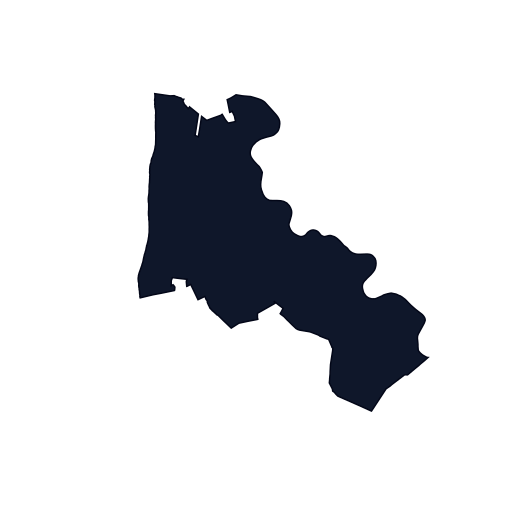 Vārves pag., Ventspils, Latvia (Albers equal-area conic projection), rotated 333°
{"feature_id": "27541924B8081849043776", "entity_name": "Vārves pag.", "entity_type": "district", "adm_level": 2, "iso_a3": "LVA", "parent_name": "Latvia", "parent_adm1": "Ventspils", "projection": "albers", "projection_center": [21.519, 57.283], "detail": "fine", "context": "isolated", "style": "filled", "palette": "ink", "viewbox_px": 512, "rotation_deg": 333, "n_neighbors": 0, "source": "geoboundaries", "source_scale": "gbopen_adm2", "svg_char_len": 6124}
<svg xmlns="http://www.w3.org/2000/svg" viewBox="0 0 512 512"><g transform="rotate(333 256 256)"><path d="M363.2,424.5L362.4,424.0L361.6,423.0L360.2,420.9L359.4,419.6L358.3,416.9L358.0,415.6L357.8,415.0L357.8,414.1L357.9,413.3L359.2,410.2L360.2,408.2L361.4,405.3L362.5,402.5L363.0,401.7L363.4,401.0L363.9,400.4L364.8,399.5L365.6,398.9L372.8,394.0L375.5,392.1L377.0,390.7L377.6,390.0L378.0,389.0L378.2,388.0L378.2,387.0L378.1,385.9L377.9,384.9L377.6,383.8L377.1,382.6L374.1,376.3L373.2,374.1L371.7,370.3L370.7,367.2L369.7,363.8L369.1,362.1L368.2,360.3L367.6,359.0L366.4,357.0L365.5,356.1L363.8,353.9L363.2,353.3L359.7,350.5L358.6,350.1L356.0,349.4L352.4,348.7L351.2,348.7L349.9,348.8L343.9,348.4L342.7,348.2L339.8,346.8L339.0,346.1L337.7,344.9L337.1,344.1L336.6,343.2L336.1,342.3L335.8,341.4L335.6,340.2L335.3,338.0L335.5,336.2L336.0,334.1L336.2,333.2L336.5,332.4L337.2,330.9L338.4,329.4L339.1,328.8L340.7,327.8L341.7,327.4L342.7,327.1L345.0,326.2L350.0,324.7L353.3,323.3L355.3,322.2L356.0,321.6L357.0,320.7L358.5,318.9L359.7,316.9L360.6,314.6L360.8,313.1L360.9,312.4L360.7,311.2L360.3,309.7L360.0,308.7L359.6,307.9L358.8,306.8L357.9,306.0L356.2,304.9L354.8,304.2L350.5,302.2L347.7,300.8L346.3,299.9L345.3,299.1L343.3,297.0L342.7,295.9L342.1,294.8L341.7,293.8L341.4,292.9L341.0,290.6L340.7,289.8L339.9,288.1L339.4,287.3L339.0,286.5L338.1,282.7L337.5,280.6L336.4,277.6L335.7,276.2L334.7,274.5L334.4,274.2L332.0,271.8L331.1,271.3L330.2,270.9L326.3,270.0L325.6,269.7L325.0,269.2L323.6,267.5L323.4,267.0L323.2,266.3L322.7,264.0L322.3,262.6L321.9,261.8L321.4,261.1L321.0,260.6L320.2,259.8L318.7,258.7L317.1,258.2L316.5,258.1L315.0,258.1L313.1,258.4L312.2,258.7L310.0,259.7L309.3,259.8L308.0,259.9L307.1,259.8L305.7,259.5L304.4,258.8L304.0,258.5L303.0,257.5L302.1,256.4L300.2,253.6L299.3,251.6L299.1,251.0L298.8,248.9L298.7,248.0L298.9,245.2L299.4,243.2L300.1,242.1L303.2,238.9L305.7,236.2L306.3,235.4L307.3,233.9L307.8,232.9L308.3,231.5L308.6,229.2L308.6,228.0L308.5,226.3L307.5,222.8L305.5,220.0L303.1,218.0L299.5,215.9L296.1,214.2L293.3,212.6L291.5,210.1L290.6,207.6L290.3,204.4L290.9,199.4L291.6,196.7L292.7,194.3L294.2,191.8L297.9,186.8L299.6,184.3L299.7,181.8L299.6,179.4L299.4,177.6L298.5,175.1L297.6,171.9L297.1,169.8L296.7,167.3L296.6,165.4L296.7,164.4L297.1,162.7L297.8,161.2L298.4,160.3L299.0,159.6L301.0,157.6L302.1,156.8L303.6,155.9L306.5,154.9L307.9,154.4L312.1,153.9L314.1,154.0L319.0,154.8L324.3,156.0L326.7,156.2L328.9,155.8L331.5,155.0L332.7,154.3L333.8,153.4L335.3,151.8L337.2,149.0L338.1,147.0L338.4,145.7L338.6,144.2L338.5,141.9L338.2,140.1L337.9,138.7L336.1,131.8L334.1,124.5L333.6,122.8L332.6,120.9L331.2,118.9L329.0,116.6L326.1,113.8L323.6,111.5L316.7,107.2L311.4,103.3L306.7,103.7L305.9,103.7L305.8,103.8L302.5,103.7L301.3,103.6L300.1,108.0L297.8,116.1L299.5,116.3L300.5,116.2L300.4,118.0L300.3,121.6L298.8,126.9L291.7,125.0L291.1,123.2L290.7,121.2L290.5,119.2L290.2,114.4L289.5,114.4L289.0,114.7L279.0,113.4L273.7,112.8L270.9,106.9L263.2,117.6L258.7,123.6L256.5,120.9L269.1,103.4L268.5,102.0L264.5,93.0L264.1,93.4L263.7,93.3L262.4,93.9L261.8,90.8L261.0,88.3L261.2,86.0L261.1,84.8L262.8,83.6L261.5,82.9L260.9,81.2L258.6,79.1L258.5,78.8L257.2,77.6L255.9,76.0L252.1,74.3L239.5,65.4L239.0,66.8L237.8,69.1L236.7,70.7L236.4,71.1L236.2,71.7L236.0,72.6L234.5,75.1L234.4,75.9L234.2,76.3L233.7,77.0L233.3,78.4L233.2,79.2L232.8,80.2L232.8,80.5L232.2,81.7L232.0,82.3L231.1,84.0L230.4,84.9L230.3,85.3L229.9,86.1L229.2,87.4L228.8,88.4L228.4,89.2L227.8,90.0L227.4,90.8L226.9,91.6L226.6,92.4L225.6,94.2L224.5,96.4L223.3,99.1L223.0,100.1L222.8,100.5L221.6,102.7L221.3,103.3L220.5,104.8L220.1,105.7L218.6,108.4L217.3,110.8L216.8,111.6L216.0,112.5L215.6,113.1L214.8,114.3L212.7,116.8L210.5,118.9L209.6,120.0L208.3,121.1L207.4,121.7L207.1,122.1L206.1,123.2L205.3,124.5L204.9,125.1L204.3,125.7L203.6,126.2L202.2,128.0L201.6,129.0L200.5,130.7L200.1,131.7L199.3,132.9L198.9,133.8L198.6,134.9L198.3,135.6L197.8,136.3L197.4,136.8L197.2,137.5L196.2,139.1L194.4,142.3L193.5,143.6L192.3,145.6L191.9,146.4L191.8,146.7L191.2,147.9L190.6,148.8L189.6,150.7L189.0,151.7L188.1,153.0L187.0,154.5L186.0,156.1L184.6,159.1L184.3,160.3L183.9,161.1L182.5,163.9L182.1,164.6L181.3,166.2L180.5,167.4L179.4,169.5L178.6,171.2L178.3,172.4L177.7,173.7L177.2,174.5L176.8,175.7L176.3,177.0L175.8,178.1L175.2,179.2L174.0,181.8L173.1,183.4L171.7,186.2L170.1,188.6L169.4,189.8L169.0,190.3L168.2,191.3L167.6,192.2L165.8,194.5L165.3,195.0L164.2,196.3L163.1,197.3L162.9,197.7L161.8,199.0L160.4,200.9L159.7,201.5L158.2,203.2L157.2,204.1L156.5,205.0L154.8,207.0L152.8,209.6L151.8,210.7L150.8,211.6L150.0,212.6L149.2,213.3L146.3,216.1L145.0,217.3L143.9,218.4L142.3,220.2L142.2,220.5L141.3,221.7L140.6,222.9L139.9,224.6L139.6,225.3L139.3,226.6L139.0,227.6L138.2,228.9L137.5,230.6L137.2,231.8L136.7,232.8L136.5,233.5L136.3,234.3L135.4,236.3L134.6,238.7L134.1,239.4L133.9,240.2L133.8,240.7L146.7,243.8L154.5,246.1L167.6,249.7L168.0,249.5L169.6,246.9L169.3,244.8L169.0,243.9L166.9,244.1L169.3,239.5L171.7,237.3L177.6,241.3L184.0,245.5L182.8,246.5L182.2,247.3L180.5,251.6L180.9,251.7L184.9,251.7L184.8,257.6L184.5,268.6L192.1,268.8L191.8,272.2L192.1,273.0L192.0,274.8L191.6,275.2L191.4,278.3L191.5,278.4L191.3,281.6L192.0,283.7L192.3,285.1L192.5,285.2L194.6,291.0L195.2,291.4L197.7,299.0L198.7,301.8L201.2,309.0L210.2,308.1L219.2,310.5L228.2,313.1L228.9,313.2L229.1,312.5L229.3,311.7L229.5,311.2L231.3,307.7L244.9,307.1L251.3,306.8L251.4,304.3L254.1,310.2L256.4,314.9L252.3,317.8L251.4,318.3L251.5,318.9L253.4,322.7L255.0,328.0L255.2,328.3L256.9,333.6L258.8,338.9L259.9,340.5L261.3,341.9L268.5,347.2L269.9,348.3L271.1,349.6L275.4,354.4L276.2,355.5L276.5,356.3L279.6,359.8L280.2,360.5L281.4,361.9L282.9,363.2L282.4,371.1L282.2,372.0L282.6,373.0L281.2,375.3L273.0,386.7L269.5,392.8L268.5,394.7L265.7,399.1L265.6,399.4L265.4,399.7L263.7,402.4L263.7,409.1L263.0,411.2L263.9,412.9L264.5,415.5L265.3,418.0L265.8,418.4L265.9,418.7L266.1,419.0L279.1,434.9L288.3,446.4L288.5,446.6L311.6,433.4L316.2,432.8L316.4,432.8L318.6,432.2L334.5,429.3L337.1,430.7L345.7,428.7L351.6,427.4L353.3,426.9L359.1,425.6L363.2,424.5Z" fill="#0f172a" stroke="#020617" stroke-width="1.5"/></g></svg>